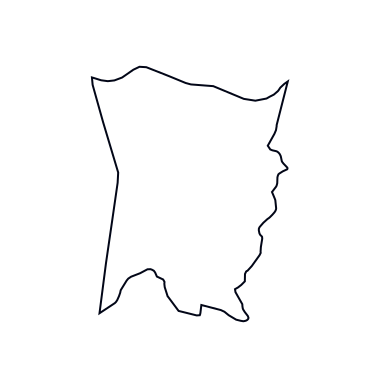 SVG path tracing the border of Cartago, rotated 253°
{"feature_id": "CRI-1327", "entity_name": "Cartago", "entity_type": "Province", "adm_level": 1, "iso_a3": "CRI", "parent_name": "Costa Rica", "parent_adm1": "", "projection": "albers", "projection_center": [-83.788, 9.802], "detail": "fine", "context": "isolated", "style": "outline", "palette": "ink", "viewbox_px": 384, "rotation_deg": 253, "n_neighbors": 0, "source": "natural_earth", "source_scale": "10m", "svg_char_len": 1922}
<svg xmlns="http://www.w3.org/2000/svg" viewBox="0 0 384 384"><g transform="rotate(253 192 192)"><path d="M114.2,139.4L115.6,139.1L116.8,138.8L121.4,133.7L125.8,133.2L127.8,132.5L129.2,131.2L130.3,129.8L131.1,126.8L129.5,118.6L128.8,109.0L127.8,105.7L126.4,103.6L119.1,95.3L118.4,94.8L116.7,93.9L113.7,91.7L110.5,88.9L109.1,87.2L108.3,85.7L103.1,68.1L148.8,88.8L164.9,96.4L186.9,106.8L222.6,123.6L232.2,127.1L284.8,127.4L323.5,128.3L330.8,129.8L329.9,131.2L325.4,137.8L322.6,143.9L321.4,150.4L321.9,158.6L326.1,171.7L327.1,178.4L324.7,184.8L309.1,204.4L298.1,217.8L295.2,222.4L287.0,243.3L265.9,268.8L260.8,279.3L259.6,290.6L260.4,294.1L261.2,298.7L263.4,303.7L264.1,304.7L265.2,306.0L266.0,307.0L268.4,311.9L269.7,315.9L231.2,292.5L230.2,292.2L226.6,290.4L223.5,287.8L214.1,278.0L209.8,279.3L208.4,281.0L206.5,284.3L206.0,285.0L205.3,285.6L204.6,286.1L203.8,286.5L202.9,286.9L201.9,287.1L200.8,287.3L199.6,287.3L195.3,286.9L194.2,287.1L192.4,287.8L187.4,290.3L186.6,290.2L185.9,289.7L185.2,284.8L184.1,280.8L183.7,279.9L182.7,279.0L181.1,278.0L175.5,276.1L173.7,275.0L172.7,274.2L168.6,268.5L161.6,269.2L159.9,269.3L151.8,267.7L150.9,267.3L149.7,266.4L148.5,265.0L146.7,262.1L145.1,259.1L144.4,257.4L144.2,256.5L141.7,251.2L138.9,246.7L138.3,246.0L137.3,245.2L135.8,244.7L132.9,244.4L131.4,244.6L130.3,245.1L129.5,245.6L128.6,245.9L126.8,245.5L119.3,241.8L114.8,240.1L113.7,239.9L111.8,238.1L103.7,227.5L100.5,222.1L100.4,221.3L100.1,220.5L98.1,218.7L91.1,216.4L88.7,211.9L88.0,210.0L87.3,208.2L86.5,204.7L83.5,204.3L70.0,207.3L67.9,206.8L65.7,206.5L64.6,206.6L61.7,207.4L57.2,209.1L56.2,209.2L55.1,209.2L54.3,208.7L53.8,208.0L53.4,207.1L53.2,206.1L53.2,204.9L53.4,203.3L54.6,200.9L57.0,196.9L63.4,191.1L68.0,188.0L70.7,185.0L81.2,167.9L73.9,164.7L72.5,163.9L71.9,163.4L72.6,160.4L82.2,144.4L99.0,138.4L99.3,138.2L109.0,138.1L112.3,138.7L113.2,139.1L114.2,139.4Z" fill="none" stroke="#020617" stroke-width="2"/></g></svg>